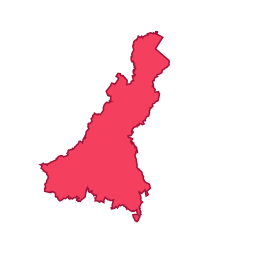 outline of San Benito Abad, Sucre, Colombia, rotated 211°
{"feature_id": "7082276B25365830428844", "entity_name": "San Benito Abad", "entity_type": "district", "adm_level": 2, "iso_a3": "COL", "parent_name": "Colombia", "parent_adm1": "Sucre", "projection": "robinson", "projection_center": [-74.976, 8.778], "detail": "fine", "context": "isolated", "style": "filled", "palette": "rose", "viewbox_px": 256, "rotation_deg": 211, "n_neighbors": 0, "source": "geoboundaries", "source_scale": "gbopen_adm2", "svg_char_len": 5834}
<svg xmlns="http://www.w3.org/2000/svg" viewBox="0 0 256 256"><g transform="rotate(211 128 128)"><path d="M166.7,30.9L161.8,32.4L160.6,33.2L161.2,33.9L160.5,34.4L159.2,34.4L159.2,34.7L157.8,35.0L156.1,34.1L154.9,31.8L154.0,31.7L153.0,32.6L152.5,32.3L151.8,31.2L151.2,31.3L150.3,30.7L149.1,30.4L148.2,31.1L147.8,32.6L147.1,33.0L147.3,33.9L147.0,34.6L145.1,35.3L144.0,39.0L143.4,38.6L143.3,37.6L142.9,37.3L142.4,37.0L141.9,37.5L141.2,37.1L141.0,38.8L139.9,38.4L139.0,38.7L139.0,39.3L138.1,40.6L136.5,41.4L136.7,43.1L133.9,42.7L134.9,41.2L134.6,40.6L135.1,40.3L134.8,39.6L133.0,40.3L132.9,39.5L131.0,40.6L131.2,41.5L129.3,46.8L131.7,53.1L132.0,55.6L131.5,55.0L131.0,55.8L130.1,55.0L130.7,54.4L130.2,54.4L129.3,53.5L129.0,53.8L128.6,53.6L128.0,52.9L127.1,53.7L127.4,54.4L126.5,55.4L126.4,53.8L123.8,53.2L123.5,53.5L122.3,52.4L121.7,53.3L120.5,54.1L119.8,52.8L119.6,51.0L120.1,50.8L119.0,50.0L118.7,48.6L116.9,49.8L114.0,49.8L113.8,51.6L110.3,51.6L111.5,53.9L112.0,57.6L111.5,56.8L109.9,56.3L108.7,56.5L108.1,56.1L107.9,56.3L108.3,56.6L106.7,57.0L106.1,56.6L104.5,57.5L103.4,58.9L101.7,53.3L100.4,52.0L101.3,50.8L100.3,50.2L98.1,52.3L97.9,54.5L95.9,53.9L95.8,57.6L94.6,57.3L93.0,59.5L91.6,59.7L91.0,58.8L90.0,59.3L89.2,58.8L88.6,59.4L88.1,59.1L87.9,58.2L87.3,57.8L87.1,58.6L84.3,58.6L83.3,58.3L82.1,59.0L81.5,58.6L80.8,59.9L80.0,59.5L78.3,62.6L77.2,60.7L75.3,59.1L76.1,58.1L77.6,57.5L79.1,56.0L77.9,55.0L77.5,54.3L75.7,53.5L74.7,52.5L73.6,52.2L72.8,52.5L72.1,52.3L71.7,53.9L71.7,55.3L72.2,55.8L72.1,58.0L73.3,58.3L72.3,60.5L74.1,61.9L73.7,62.6L76.6,64.8L76.3,65.5L77.5,65.8L77.8,66.5L77.5,67.5L77.9,69.6L77.4,72.1L79.3,72.2L80.4,73.5L80.9,74.8L82.5,76.5L85.2,78.4L85.6,79.1L82.6,78.9L81.6,83.6L77.4,79.0L76.3,81.4L79.3,83.2L77.8,88.1L79.3,89.0L79.4,89.5L80.7,90.8L82.7,90.8L83.4,90.5L86.9,90.8L87.0,91.3L87.8,92.0L88.8,92.2L89.8,94.6L91.3,95.0L93.5,97.4L97.7,98.1L97.6,98.3L98.2,98.2L100.0,98.9L101.4,101.3L104.2,104.4L104.9,105.5L107.7,107.7L108.2,109.1L108.2,110.7L108.8,111.2L108.4,111.3L108.2,112.0L107.4,112.1L108.5,113.5L108.7,113.1L109.4,113.5L110.7,115.9L111.1,115.9L111.9,114.9L112.8,116.3L114.7,116.8L115.3,118.0L116.0,117.8L117.3,118.3L117.0,117.1L116.4,117.0L116.2,116.6L116.4,116.4L119.2,118.1L118.3,121.0L118.5,121.2L118.9,120.9L120.5,120.9L122.7,120.1L123.9,121.1L122.8,122.3L122.6,122.1L122.0,122.5L121.4,123.9L121.7,125.0L121.3,126.9L121.7,127.3L122.6,126.6L123.2,126.8L123.0,128.6L123.5,129.0L123.6,129.6L123.3,130.5L123.4,131.7L122.6,132.3L121.8,133.5L120.9,133.7L121.5,135.1L120.7,136.4L120.1,135.9L120.2,138.0L117.3,138.3L117.3,138.5L116.3,139.8L118.7,141.4L118.0,142.5L116.9,143.1L117.0,143.6L117.5,143.7L117.7,144.4L117.9,147.4L116.8,148.3L117.0,149.3L116.6,149.4L117.6,152.5L118.3,153.2L118.8,155.6L119.5,156.4L119.3,156.8L118.2,157.3L118.3,158.3L117.9,159.3L117.9,159.7L119.1,160.3L119.4,161.2L117.9,163.2L118.0,164.5L116.3,166.9L118.5,173.4L119.5,173.6L119.5,173.9L120.5,174.9L123.0,172.8L123.8,173.1L124.2,173.7L124.6,175.2L126.0,175.2L127.6,176.6L128.5,176.1L128.6,176.9L128.2,177.8L131.1,180.8L131.0,181.2L130.0,182.1L130.9,184.1L130.8,185.3L129.3,187.2L129.7,187.2L130.4,188.3L130.4,188.9L129.3,189.9L127.8,192.1L127.6,193.5L128.3,194.6L128.3,195.3L127.4,197.0L127.0,198.7L125.9,199.9L125.9,201.1L125.3,202.4L125.3,203.2L126.5,205.0L126.7,206.0L127.7,207.0L145.3,210.0L144.9,223.6L152.0,223.3L151.9,224.9L152.4,225.6L153.8,224.9L153.0,222.9L155.2,222.7L155.0,222.1L155.2,221.6L157.7,221.3L159.6,218.9L158.9,218.9L158.8,217.8L160.4,216.8L162.2,213.5L162.0,213.0L163.5,213.8L163.8,213.2L163.6,212.7L164.4,211.7L165.5,212.1L165.8,211.7L166.4,212.1L166.6,211.8L166.1,211.4L166.2,209.2L165.9,208.9L166.2,207.7L166.4,207.9L166.8,207.3L167.5,205.1L166.3,201.9L165.9,201.7L166.2,200.7L163.2,197.8L163.0,193.9L162.6,192.9L161.8,192.5L161.3,191.0L161.9,190.8L160.4,188.0L158.6,186.8L158.2,186.9L158.0,187.8L155.6,186.3L156.1,185.8L154.6,184.3L154.3,184.7L153.5,184.2L153.8,183.2L152.1,182.8L152.5,181.9L152.4,181.2L153.2,181.0L152.9,179.5L151.9,180.0L151.8,178.8L152.0,178.9L152.1,178.2L151.3,177.5L149.4,177.6L149.1,176.9L149.5,175.7L150.1,175.3L150.7,175.7L151.2,175.0L147.6,171.4L148.4,171.0L149.2,169.7L148.5,167.4L151.4,164.7L153.2,168.4L153.6,168.6L156.1,169.1L156.1,169.4L158.3,169.9L158.9,170.4L159.1,170.1L160.2,170.0L161.1,169.1L162.5,170.6L164.7,169.7L164.9,166.2L161.8,165.9L161.3,163.8L161.6,163.2L161.6,159.6L161.9,159.6L162.1,158.3L163.2,158.7L165.1,158.1L164.7,155.3L165.6,148.3L162.2,145.6L161.5,146.2L161.2,145.6L159.0,146.4L157.6,143.5L157.9,141.7L156.1,142.2L156.9,141.3L157.0,140.3L157.3,139.8L159.6,139.1L160.3,136.0L159.5,132.3L158.5,131.5L158.2,130.8L158.5,125.3L160.1,125.1L160.8,124.7L160.5,124.1L161.7,123.5L164.4,123.4L164.1,122.5L164.7,120.4L163.6,118.8L164.3,117.7L164.4,116.9L162.3,115.2L162.8,112.9L162.7,112.3L163.1,112.0L164.0,111.9L164.3,111.4L164.2,110.6L163.4,109.7L163.3,108.9L162.8,108.8L162.5,108.0L161.2,107.3L161.9,103.5L160.7,100.0L160.6,99.1L160.8,98.7L160.0,98.3L160.3,97.7L159.5,97.8L159.5,96.8L160.4,96.6L160.6,96.1L160.6,95.1L160.0,94.3L159.9,93.0L159.4,91.8L162.1,92.1L163.0,91.3L162.6,90.0L162.7,88.0L163.3,86.8L163.3,85.3L163.9,84.4L163.6,82.3L163.8,82.0L165.0,82.0L164.9,80.5L165.8,80.2L166.4,79.0L167.6,78.5L167.6,77.5L166.8,76.2L167.1,74.7L166.2,74.6L165.6,74.0L166.2,72.5L168.3,70.2L169.8,70.3L171.2,69.8L172.9,67.6L172.9,66.4L173.7,64.9L172.9,64.6L173.7,62.6L174.3,62.2L175.3,60.3L176.7,58.9L177.0,57.4L178.2,56.2L178.1,54.6L178.8,54.4L179.8,55.0L180.4,54.2L181.9,53.8L182.5,54.1L183.2,52.2L184.3,51.4L182.2,51.2L181.7,48.7L180.2,48.7L179.0,48.3L178.4,47.6L177.9,48.1L175.9,47.6L174.9,47.9L174.5,47.6L173.7,46.3L172.0,45.8L170.8,44.5L170.8,43.8L170.5,43.1L170.6,41.1L169.7,39.2L170.4,37.0L168.0,34.7L167.8,34.2L168.3,34.1L168.3,33.6L168.0,33.6L168.0,32.9L167.8,32.9L167.5,31.9L166.7,31.3L166.7,30.9Z" fill="#f43f5e" stroke="#9f1239" stroke-width="1.5"/></g></svg>